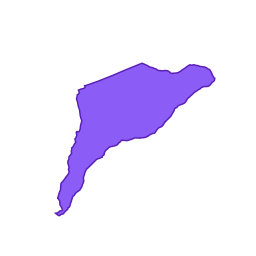 Escazu, San José, Costa Rica, rotated 248°
{"feature_id": "36466004B13672837232461", "entity_name": "Escazu", "entity_type": "district", "adm_level": 2, "iso_a3": "CRI", "parent_name": "Costa Rica", "parent_adm1": "San José", "projection": "orthographic", "projection_center": [-84.155, 9.916], "detail": "fine", "context": "isolated", "style": "filled", "palette": "violet", "viewbox_px": 256, "rotation_deg": 248, "n_neighbors": 0, "source": "geoboundaries", "source_scale": "gbopen_adm2", "svg_char_len": 5666}
<svg xmlns="http://www.w3.org/2000/svg" viewBox="0 0 256 256"><g transform="rotate(248 128 128)"><path d="M76.1,28.9L73.1,30.6L72.5,31.3L72.5,32.2L72.9,33.5L72.9,34.3L72.7,35.0L72.7,36.2L73.3,36.7L74.3,39.0L74.9,40.8L75.3,41.6L75.6,42.0L76.4,42.4L76.5,42.7L76.7,44.0L76.9,44.3L78.0,45.3L79.7,46.5L80.5,47.3L81.9,48.5L82.3,48.7L84.1,50.3L84.7,50.6L85.0,50.7L85.8,53.1L86.7,54.2L87.6,55.9L88.5,60.0L91.0,63.4L92.5,64.4L93.5,65.6L94.5,66.3L94.8,66.7L95.3,67.0L95.6,67.2L97.6,67.7L97.8,67.8L98.6,68.1L99.4,68.5L100.5,69.6L101.1,70.1L101.6,70.5L102.4,71.0L102.9,71.4L103.0,71.5L103.5,72.1L104.0,72.6L104.4,72.8L104.4,73.0L105.2,73.9L105.6,74.6L106.0,76.0L110.7,87.2L110.6,93.1L111.3,93.5L111.7,94.0L111.8,94.7L112.0,95.4L112.2,95.8L113.4,96.5L113.7,96.8L114.3,97.1L114.3,97.3L115.0,98.0L115.3,98.7L115.7,99.2L115.7,99.3L115.9,99.6L116.2,100.9L116.4,101.4L116.4,101.6L116.9,102.3L117.2,103.0L117.2,104.9L117.1,105.3L116.9,106.4L116.9,107.1L116.7,107.6L116.7,107.9L116.6,108.1L116.4,109.5L116.4,111.7L116.8,112.3L116.8,112.5L117.4,113.4L117.4,113.6L117.5,113.8L117.6,114.2L117.8,114.5L117.8,114.8L117.9,115.3L118.1,115.5L118.4,116.0L118.5,116.2L118.6,116.6L118.8,116.8L118.9,117.8L118.7,118.1L118.7,118.7L118.6,118.8L117.9,119.7L117.5,120.8L117.1,121.4L116.6,122.7L116.5,123.1L116.2,127.8L116.2,130.8L116.0,131.4L115.5,132.2L115.2,133.3L114.7,134.1L114.3,135.0L114.2,135.4L114.0,135.8L114.0,136.5L113.9,136.7L113.7,137.4L113.3,138.4L113.0,139.5L113.0,140.3L112.9,140.4L112.9,140.9L112.8,141.3L112.8,142.7L113.0,143.1L113.0,143.6L113.1,143.8L113.1,144.0L113.3,144.2L113.3,144.4L113.4,144.5L113.5,145.9L113.6,146.0L113.6,147.0L113.7,147.4L113.6,149.4L113.5,149.5L113.3,150.1L113.3,150.6L113.4,151.1L113.8,151.6L114.2,152.2L114.4,152.3L114.8,153.1L115.0,153.3L115.2,153.7L115.6,154.3L115.6,154.5L115.9,154.9L116.0,155.1L116.2,155.5L116.5,156.3L116.6,156.8L116.7,157.0L116.7,159.7L116.8,159.9L116.8,160.1L117.0,160.4L117.1,160.6L117.3,161.0L117.4,161.4L117.6,161.7L117.8,161.8L117.9,162.1L118.3,162.6L118.8,163.3L119.2,163.7L119.5,164.3L119.7,164.5L119.7,164.8L119.9,164.9L120.0,165.4L120.2,165.5L120.4,166.2L120.6,166.5L120.6,166.8L120.8,167.2L120.9,167.4L121.0,167.8L121.1,168.0L121.2,168.4L121.5,168.7L122.0,170.2L122.2,170.5L122.4,171.2L122.5,171.6L126.7,177.1L127.9,178.0L128.1,178.3L128.5,178.6L128.7,179.0L128.7,181.1L128.9,181.3L129.2,181.5L129.5,182.0L129.7,182.5L129.8,183.4L129.9,184.2L129.8,189.0L130.0,189.7L130.4,190.7L130.8,191.5L132.3,193.3L132.7,193.8L133.2,194.8L133.2,195.0L133.4,195.5L133.6,196.2L133.8,196.6L133.8,196.9L134.0,197.0L134.0,197.3L134.2,197.7L134.3,198.0L134.7,199.0L134.7,199.3L135.3,200.9L135.9,202.0L136.0,202.6L136.1,202.8L136.7,205.4L136.7,206.1L136.9,206.6L137.1,207.6L137.2,207.9L137.2,209.3L137.8,210.7L137.9,211.0L137.9,211.5L138.0,211.6L138.0,213.5L137.9,214.1L137.3,215.6L137.1,216.5L136.9,216.7L136.8,217.5L136.7,217.6L136.7,218.8L136.9,219.5L137.1,219.8L137.2,220.4L138.8,223.2L139.1,224.8L139.4,225.2L139.5,225.3L139.6,225.6L140.0,226.1L141.6,227.1L141.9,226.7L142.1,226.6L142.3,226.5L143.0,226.5L143.1,226.4L144.3,226.3L145.2,226.1L147.9,226.1L148.6,226.1L149.0,225.9L150.5,225.8L151.3,225.6L151.9,225.2L152.1,225.1L153.0,224.2L154.3,223.4L155.2,222.6L155.6,222.3L158.2,217.7L159.1,216.8L159.9,215.9L160.2,215.3L160.5,214.5L160.9,214.0L161.7,213.3L162.2,212.1L162.2,210.8L162.7,210.0L163.2,209.5L163.4,209.1L163.1,206.7L162.9,205.8L162.6,204.8L162.6,204.6L162.4,204.0L162.2,203.3L162.0,203.0L162.0,202.7L161.6,200.0L160.9,197.9L160.7,195.7L160.5,195.1L161.2,192.4L161.5,191.3L162.0,190.0L162.4,188.8L162.6,188.4L163.7,187.7L164.2,187.6L165.2,187.0L166.4,186.0L167.4,183.9L167.7,183.0L168.0,181.4L168.2,180.9L168.8,180.1L170.1,177.5L171.0,176.8L172.1,176.3L172.5,175.8L173.7,174.2L174.5,173.7L174.7,173.3L174.9,173.2L175.7,172.1L176.1,171.1L178.6,169.4L182.8,165.3L182.8,148.8L182.5,133.1L182.6,117.6L183.2,104.6L183.5,103.7L183.0,103.7L182.3,103.6L181.9,103.4L181.6,103.1L181.5,102.6L181.3,101.9L181.3,101.2L181.5,100.5L181.6,100.3L181.6,99.3L181.7,99.1L181.7,96.2L179.3,96.1L178.9,96.0L178.6,95.6L178.3,95.3L178.0,94.7L178.0,94.2L177.9,93.6L177.5,93.2L176.4,92.7L175.9,92.3L175.7,92.2L175.2,91.8L175.1,91.6L173.8,91.1L173.1,91.0L171.2,91.0L170.5,90.8L169.8,90.7L169.3,90.5L168.6,90.4L167.9,90.4L166.8,90.0L164.6,90.0L163.9,89.9L162.7,89.8L159.4,88.9L158.7,88.8L157.4,88.3L156.2,88.3L156.0,88.2L155.3,88.2L154.8,88.0L152.6,88.0L151.2,87.3L150.4,86.7L149.3,85.9L148.8,85.4L148.4,85.2L148.1,84.9L147.2,84.5L146.2,83.9L145.5,83.6L144.4,82.8L143.8,82.1L143.5,81.9L143.0,81.3L142.8,80.7L142.9,80.2L143.9,79.5L143.9,79.0L143.3,78.4L143.0,78.4L142.4,78.1L141.7,78.1L141.3,77.9L140.6,77.9L140.2,77.7L139.6,77.1L138.8,76.3L138.5,76.2L138.1,75.6L137.9,75.0L137.9,74.8L137.7,74.7L136.8,74.5L135.8,74.3L134.6,74.3L134.4,74.3L133.8,73.2L133.5,72.9L133.5,72.6L133.0,72.1L132.6,71.5L132.3,71.3L131.6,70.4L131.4,70.3L130.8,69.1L130.8,68.6L127.2,66.5L126.0,66.3L125.6,66.2L125.2,65.6L124.9,65.0L124.4,64.3L124.0,63.5L123.5,62.6L123.1,62.3L122.7,62.2L121.3,61.5L119.9,59.9L118.5,59.3L117.4,59.0L114.7,58.8L113.2,58.3L112.8,58.0L112.0,57.3L111.6,57.2L110.8,57.2L109.7,57.0L109.2,56.8L108.8,56.6L108.7,56.5L108.4,56.0L108.2,55.9L107.5,55.2L107.1,54.6L106.4,53.2L106.2,53.0L105.9,52.3L105.6,52.0L105.5,51.7L104.6,50.4L103.6,48.7L103.2,48.1L102.6,47.0L102.3,45.9L102.0,45.5L101.6,45.1L101.0,44.7L96.2,42.4L95.5,41.8L94.1,40.3L93.6,39.9L93.3,39.6L92.6,39.2L89.7,36.8L89.3,36.6L89.3,36.8L85.7,37.3L82.1,36.1L81.7,36.2L81.1,36.4L79.1,36.5L78.4,36.7L77.4,36.7L76.7,36.4L76.4,36.1L76.3,35.8L76.3,34.9L76.6,33.8L76.5,33.1L76.3,32.8L75.9,32.3L76.0,31.6L75.6,31.0L75.7,30.6L75.9,30.1L76.1,28.9Z" fill="#8b5cf6" stroke="#5b21b6" stroke-width="1.5"/></g></svg>